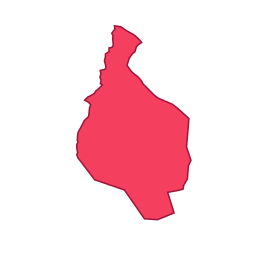 the district of São João do Sabugi, Rio Grande do Norte, Brazil, rotated 242°
{"feature_id": "56859067B32644205381825", "entity_name": "São João do Sabugi", "entity_type": "district", "adm_level": 2, "iso_a3": "BRA", "parent_name": "Brazil", "parent_adm1": "Rio Grande do Norte", "projection": "robinson", "projection_center": [-37.136, -6.688], "detail": "fine", "context": "isolated", "style": "filled", "palette": "rose", "viewbox_px": 256, "rotation_deg": 242, "n_neighbors": 0, "source": "geoboundaries", "source_scale": "gbopen_adm2", "svg_char_len": 1182}
<svg xmlns="http://www.w3.org/2000/svg" viewBox="0 0 256 256"><g transform="rotate(242 128 128)"><path d="M97.9,74.3L75.0,95.7L40.1,99.9L33.2,111.0L31.4,128.8L42.3,130.9L52.6,132.8L49.4,142.7L48.1,147.8L51.3,150.4L55.2,156.6L60.8,160.1L66.2,163.6L69.9,168.4L83.8,170.8L107.7,186.2L121.0,181.5L128.2,178.3L140.0,168.8L144.8,166.5L160.3,161.9L162.6,162.1L166.4,161.4L169.6,160.4L171.8,159.2L176.1,157.6L183.8,156.5L185.9,158.7L189.0,161.8L191.6,167.0L192.0,169.9L195.8,173.6L196.7,176.3L197.2,180.2L200.3,179.6L205.9,177.7L208.3,176.5L214.4,172.5L220.9,169.1L224.6,164.0L221.5,162.8L220.3,160.3L219.3,158.1L216.7,158.1L213.4,156.1L208.1,153.9L206.7,151.8L207.6,148.8L204.4,147.1L204.0,142.9L201.3,141.3L198.2,138.6L195.5,138.1L191.9,137.0L190.6,135.3L191.9,130.4L188.6,129.6L186.1,127.1L182.5,126.5L180.1,124.4L178.1,125.5L177.2,123.0L176.3,119.7L175.7,116.6L174.4,114.6L174.1,110.5L174.2,106.8L172.9,102.8L169.2,105.2L166.1,106.0L163.9,103.5L161.8,102.1L158.7,100.1L156.6,98.4L155.1,93.0L150.9,87.0L148.0,82.4L145.8,80.5L141.3,77.6L139.1,77.2L137.5,75.0L135.5,73.9L133.3,73.0L130.0,72.0L128.5,70.2L125.0,69.8L97.9,74.3Z" fill="#f43f5e" stroke="#9f1239" stroke-width="1.5"/></g></svg>